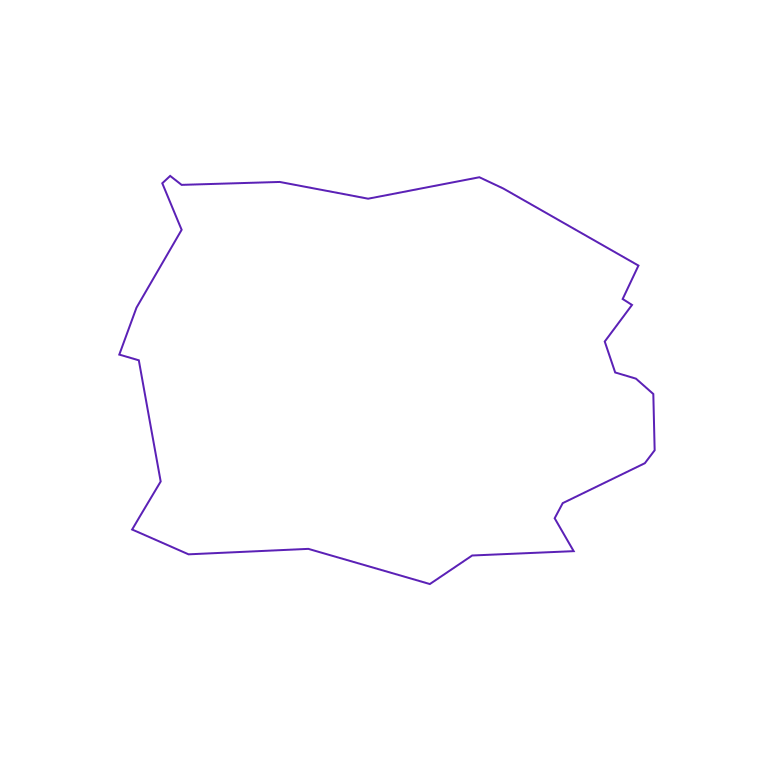 outline of Ayod, Jonglei, South Sudan, rotated 20°
{"feature_id": "79223893B14285446390064", "entity_name": "Ayod", "entity_type": "district", "adm_level": 2, "iso_a3": "SSD", "parent_name": "South Sudan", "parent_adm1": "Jonglei", "projection": "orthographic", "projection_center": [30.968, 8.272], "detail": "fine", "context": "isolated", "style": "outline", "palette": "violet", "viewbox_px": 768, "rotation_deg": 20, "n_neighbors": 0, "source": "geoboundaries", "source_scale": "gbopen_adm2", "svg_char_len": 561}
<svg xmlns="http://www.w3.org/2000/svg" viewBox="0 0 768 768"><g transform="rotate(20 384 384)"><path d="M197.1,606.9L258.6,610.9L369.3,564.8L495.5,556.3L525.5,515.0L619.4,476.2L590.3,451.8L592.7,434.8L656.2,369.2L661.0,353.7L640.5,301.3L618.9,292.8L597.3,294.1L576.9,268.6L590.0,224.9L579.2,222.5L582.6,185.7L429.2,159.5L402.9,157.1L305.7,215.3L216.9,229.8L125.7,266.1L111.9,261.6L107.0,271.2L134.8,301.5L141.1,308.3L125.3,396.9L125.2,446.9L145.5,445.6L176.7,499.2L207.5,552.0L199.8,592.3L197.1,606.9Z" fill="none" stroke="#5b21b6" stroke-width="2"/></g></svg>